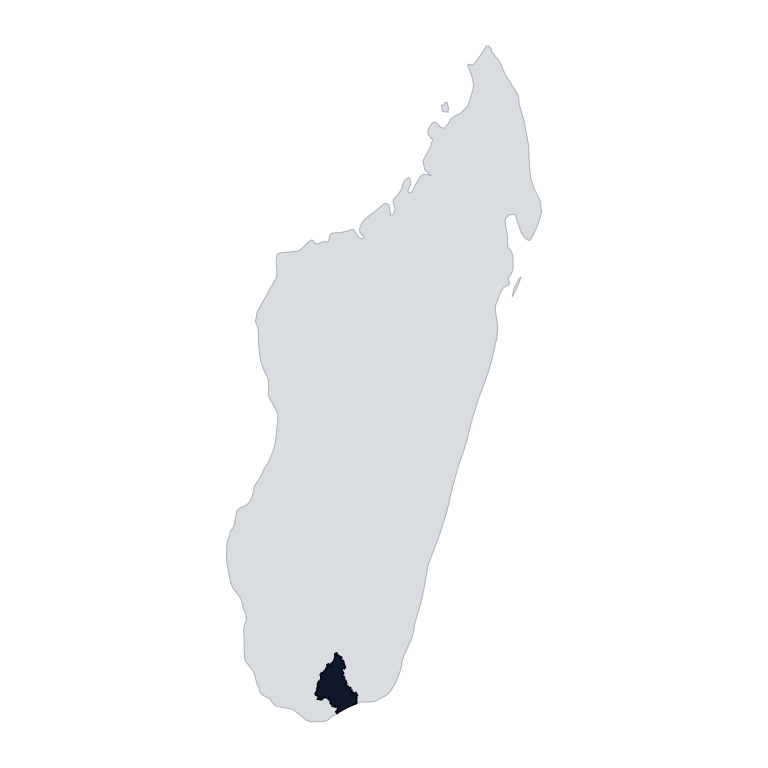 Ambovombe-Androy, Androy, Madagascar shown in context
{"feature_id": "10022922B3330352702203", "entity_name": "Ambovombe-Androy", "entity_type": "district", "adm_level": 2, "iso_a3": "MDG", "parent_name": "Madagascar", "parent_adm1": "Androy", "projection": "robinson", "projection_center": [45.726, -24.798], "detail": "fine", "context": "in_parent", "style": "filled", "palette": "ink", "viewbox_px": 768, "rotation_deg": 0, "n_neighbors": 0, "source": "geoboundaries", "source_scale": "gbopen_adm2", "svg_char_len": 8742}
<svg xmlns="http://www.w3.org/2000/svg" viewBox="0 0 768 768"><path d="M500.8,63.7L502.8,69.0L505.1,74.0L512.4,86.2L515.5,90.8L518.2,95.8L519.5,105.7L524.1,121.1L528.4,144.3L529.6,168.1L530.9,179.0L534.3,189.2L539.8,199.9L541.6,211.7L538.1,223.9L533.0,235.4L531.7,237.5L529.4,240.5L528.3,240.4L524.4,237.4L521.2,232.5L517.2,221.1L515.7,215.3L514.0,214.4L509.2,214.9L505.7,218.5L505.0,220.8L505.8,227.2L507.0,233.0L507.6,238.9L507.7,246.3L508.9,248.6L510.8,250.4L512.8,255.3L513.1,266.8L511.8,272.7L508.4,277.7L508.6,280.5L509.8,283.3L508.6,285.0L504.1,287.2L502.3,289.1L499.8,294.2L495.8,304.6L495.3,309.9L497.7,326.1L496.9,337.6L491.8,359.5L488.9,369.9L484.7,382.4L478.4,398.8L472.1,419.3L466.8,440.5L462.9,453.2L458.4,465.8L452.3,487.9L447.1,510.4L439.4,535.2L428.9,562.8L427.7,566.4L425.5,580.5L423.1,592.7L420.3,604.8L414.4,624.9L413.7,631.0L412.3,637.0L406.7,649.5L404.3,654.2L402.6,659.2L401.6,665.4L400.0,671.5L395.8,682.7L389.7,692.3L385.5,695.8L376.4,700.8L371.9,701.9L361.7,702.0L351.9,704.9L341.7,710.4L331.8,716.8L328.1,719.8L323.9,721.6L310.9,721.9L307.0,720.5L294.0,710.1L289.0,708.4L279.4,706.9L276.5,706.0L273.9,704.7L270.0,699.2L262.3,694.6L260.5,693.1L259.3,689.9L258.5,686.5L256.5,682.7L255.0,675.3L252.5,670.2L245.4,661.2L244.7,658.3L244.0,648.7L244.3,642.2L243.5,630.3L244.3,624.7L246.8,619.7L245.7,614.2L243.1,608.5L242.1,602.6L240.1,597.2L232.6,587.5L230.9,582.7L229.7,577.7L226.8,562.3L226.4,556.9L226.8,545.5L227.8,539.7L229.6,535.6L230.0,532.6L231.2,529.9L233.0,527.8L234.1,525.4L236.9,510.8L240.4,507.6L245.6,505.7L249.8,501.9L252.2,496.8L254.5,486.2L261.1,475.7L263.4,470.2L268.7,461.9L273.4,450.1L274.8,444.6L275.9,439.0L277.0,426.5L277.9,420.4L277.7,414.2L275.0,407.9L268.6,396.5L268.3,394.4L268.8,385.9L268.3,379.8L265.9,373.7L262.8,367.9L259.8,357.1L258.3,339.3L258.6,332.9L257.7,327.2L255.5,321.7L257.1,312.2L276.3,277.7L276.9,273.6L276.1,263.1L276.5,257.0L277.2,254.7L278.6,253.4L282.0,252.7L297.6,251.2L299.6,250.2L303.5,247.2L308.8,241.6L311.3,240.0L313.4,240.6L314.8,243.0L316.5,244.3L322.8,241.8L325.2,241.7L327.7,242.1L328.9,239.8L329.6,236.6L330.5,234.4L332.2,233.1L340.3,232.5L345.5,231.6L352.2,229.4L353.6,229.8L359.0,237.7L360.7,238.4L362.8,238.7L364.6,237.3L360.2,233.1L359.6,230.8L359.8,228.1L362.1,222.4L366.1,218.1L374.8,211.5L383.9,203.9L386.6,203.4L388.8,204.6L390.5,213.6L390.3,215.0L391.7,215.2L393.4,214.1L394.9,210.5L395.0,207.5L393.8,204.6L393.2,202.2L393.1,199.9L397.8,194.6L401.4,189.5L403.1,183.5L404.5,180.7L408.4,177.5L409.5,178.0L410.4,180.6L410.9,183.3L409.9,186.0L408.5,188.6L407.9,192.2L410.1,192.9L412.1,192.0L415.1,185.6L418.5,179.5L420.5,176.4L423.1,174.2L427.3,174.6L431.4,176.0L424.7,169.6L423.0,160.8L431.1,145.7L431.1,142.5L432.3,141.5L432.8,140.3L428.7,135.2L427.9,132.6L428.5,128.8L430.5,125.4L432.3,123.0L434.8,122.1L436.8,123.4L441.3,127.6L444.3,128.2L447.9,124.2L450.9,119.1L455.3,115.7L460.4,113.5L468.1,105.6L473.1,89.0L473.5,84.1L472.4,78.2L470.7,72.7L467.7,65.7L468.5,64.1L472.7,65.1L474.1,64.1L478.7,57.9L486.3,46.1L488.8,46.1L490.9,48.3L491.7,51.5L493.2,53.9L498.2,59.5L500.8,63.7ZM448.1,110.4L448.2,112.2L442.4,111.5L441.5,105.2L444.3,105.0L445.0,102.4L446.7,102.1L448.5,107.7L448.1,110.4ZM517.2,287.7L512.2,296.9L513.7,289.2L519.4,278.2L521.0,277.3L517.2,287.7Z" fill="#d9dde1" stroke="#a8b0b8" stroke-width="1"/><path d="M317.6,698.9L317.4,699.3L317.7,699.3L317.9,699.4L318.1,699.3L318.7,699.2L319.4,699.5L320.0,699.7L321.4,699.8L322.1,699.7L322.3,698.7L323.0,698.2L323.6,698.1L324.6,697.6L325.2,697.5L326.2,697.7L326.8,697.9L328.2,697.9L328.4,698.0L328.8,698.0L329.2,697.9L329.1,698.1L328.2,698.9L328.1,699.1L328.2,699.4L328.3,699.5L328.6,699.6L329.9,700.1L330.2,700.5L330.3,701.0L330.4,701.3L330.4,701.6L330.4,701.8L330.1,702.1L330.1,702.4L330.2,702.5L330.4,702.7L330.3,703.0L330.3,703.3L330.5,703.4L330.6,703.7L330.7,703.8L331.0,703.8L331.2,704.3L331.4,704.3L331.4,704.2L331.9,704.3L331.7,704.6L332.1,705.3L332.2,706.2L333.7,706.1L334.5,706.1L334.5,706.5L334.3,706.8L334.6,707.0L335.2,707.2L335.4,706.9L335.9,706.7L336.2,706.7L336.3,706.7L336.5,706.7L337.4,706.7L337.4,707.3L337.5,707.8L337.4,708.7L337.4,708.8L337.4,709.5L337.3,710.3L335.9,711.3L335.7,711.5L335.8,712.0L336.3,712.6L337.0,713.6L337.4,713.4L337.5,713.2L338.0,712.8L338.6,712.4L339.5,711.7L340.1,711.3L341.3,710.8L341.4,710.6L341.8,710.4L343.4,709.4L345.3,708.5L346.4,707.9L349.1,706.6L350.8,706.0L354.2,704.4L356.2,703.7L355.7,703.3L355.6,703.1L356.0,702.6L356.4,702.5L356.5,702.3L356.8,702.2L356.9,701.8L356.5,701.4L356.7,701.2L356.7,700.9L356.4,700.0L356.6,699.8L356.5,699.7L356.5,699.4L356.5,698.8L357.0,698.1L356.8,697.4L356.5,696.9L356.5,696.6L356.8,696.1L357.2,695.7L357.4,695.6L357.5,695.3L357.3,695.1L357.0,694.4L356.4,693.3L356.2,693.1L355.9,692.5L355.5,692.5L355.1,692.9L354.9,692.9L354.8,693.0L354.4,693.7L354.3,694.2L353.3,693.7L353.5,693.3L353.6,693.2L353.4,692.7L353.3,692.4L353.0,692.4L352.6,692.6L352.4,693.3L352.2,693.4L352.0,692.6L352.0,692.4L352.0,691.8L352.0,690.5L351.3,690.9L351.2,691.1L350.9,691.7L350.7,687.6L350.2,687.5L349.7,687.7L349.5,687.9L349.3,688.0L349.2,687.9L348.9,687.3L348.8,687.1L348.3,687.1L348.0,686.2L347.9,685.8L347.8,685.7L347.3,685.6L346.0,684.8L344.2,684.5L344.3,684.3L344.4,684.2L344.7,684.2L344.9,684.1L345.1,684.1L345.7,683.7L346.4,683.6L346.7,683.3L346.1,683.0L345.9,682.8L346.0,682.6L346.4,682.3L346.0,681.0L345.7,680.6L345.4,680.3L345.2,680.3L344.9,680.2L345.0,679.9L344.9,679.8L344.5,679.7L344.2,679.5L344.2,679.0L344.3,678.5L344.2,678.1L344.5,678.0L344.7,677.8L344.6,677.6L343.9,676.4L343.2,676.5L342.9,676.3L342.4,676.3L342.4,676.0L342.1,675.9L342.0,675.5L342.0,675.0L342.3,674.7L342.9,674.5L343.1,674.4L343.2,674.2L343.6,673.8L343.7,673.3L343.6,672.9L343.5,672.5L343.2,672.5L343.0,672.4L342.9,671.8L342.7,671.6L342.5,671.3L342.4,671.0L342.4,670.8L342.1,670.2L341.9,669.5L342.0,669.4L342.3,668.8L342.5,668.5L342.7,668.2L342.9,668.1L343.2,668.2L344.1,668.8L344.4,668.8L344.6,668.6L345.1,667.9L345.2,667.7L345.5,667.4L345.3,666.9L345.2,666.4L345.1,666.0L345.0,665.9L344.7,665.7L344.4,665.1L344.5,664.8L344.3,663.9L344.1,663.9L344.1,663.7L343.9,663.4L343.6,663.4L343.3,663.3L343.3,663.1L343.4,662.8L343.4,662.6L343.8,662.3L344.0,662.1L343.9,661.8L343.6,661.7L343.4,661.5L343.4,660.8L343.0,660.4L342.4,660.2L342.3,660.3L342.1,660.4L341.9,660.5L341.8,660.2L341.6,660.2L341.4,660.1L341.1,660.0L340.9,659.8L340.8,659.5L340.8,658.6L341.6,658.1L341.9,657.7L341.5,657.2L340.8,656.7L340.3,656.4L339.9,656.3L338.9,655.7L338.6,655.6L337.7,654.8L337.4,654.3L337.2,654.1L337.1,653.9L337.1,653.3L337.1,653.2L336.6,652.9L336.3,652.9L336.0,653.0L335.8,653.2L335.8,653.5L335.3,653.6L335.0,653.7L334.8,654.2L334.7,654.5L334.8,655.1L334.8,655.6L335.0,656.1L335.0,656.5L334.8,657.0L334.6,657.3L334.6,658.7L334.5,659.0L334.2,659.2L333.9,660.1L333.8,660.8L333.4,660.9L333.3,661.0L333.2,661.2L333.2,661.4L333.1,661.9L332.2,662.4L332.1,662.5L332.1,663.3L331.8,663.4L331.1,663.4L331.0,663.5L331.3,663.8L331.2,664.5L331.3,664.8L331.5,664.8L331.8,664.9L331.7,665.1L331.8,665.3L331.7,665.4L331.9,665.5L331.9,665.9L331.6,665.7L331.5,665.8L331.3,665.6L331.0,665.5L330.9,665.7L330.8,666.3L330.6,666.6L330.2,666.5L329.7,665.1L328.8,663.8L328.1,664.0L327.7,664.3L327.3,664.3L327.1,664.5L326.7,665.0L326.8,665.6L327.1,665.8L327.1,666.1L327.2,666.4L327.2,666.6L327.4,667.0L327.3,667.3L327.1,667.9L326.5,667.9L326.4,668.0L326.0,668.0L325.9,668.1L325.8,669.3L325.7,669.6L325.2,670.0L325.1,670.4L324.9,670.4L324.7,670.7L324.2,670.6L324.0,670.9L324.2,671.7L324.2,671.8L323.7,671.7L323.5,671.9L323.0,672.1L322.9,672.3L323.7,672.9L323.7,673.2L323.6,673.5L323.3,674.0L322.3,672.9L321.8,672.7L321.7,672.7L321.5,673.0L321.0,673.3L320.9,673.5L320.7,674.1L320.5,674.3L320.4,674.7L320.3,674.9L320.2,674.9L320.1,675.0L320.7,676.2L320.9,676.6L321.2,676.9L321.0,677.0L320.8,677.3L320.7,677.6L320.9,678.1L320.9,678.5L321.0,678.7L321.0,679.5L320.8,679.9L320.6,680.0L320.3,680.0L320.4,680.5L320.2,680.6L319.8,681.0L319.7,681.0L318.9,681.2L318.8,681.3L318.8,681.5L318.5,681.5L318.5,681.9L318.4,682.2L318.3,682.3L318.4,682.6L318.2,682.6L318.0,682.8L317.9,682.9L317.9,683.0L317.8,683.3L317.6,683.4L317.8,683.9L317.8,684.1L317.5,684.4L317.6,684.9L317.5,685.2L317.5,685.5L317.4,685.9L317.6,686.2L317.5,686.4L317.8,686.8L317.8,687.0L317.9,687.3L317.3,687.5L317.1,687.6L317.3,688.2L317.0,688.3L316.9,688.5L317.0,688.5L317.0,689.1L317.2,689.4L317.1,689.7L317.1,690.0L317.0,690.3L316.8,690.7L316.8,690.9L316.5,691.2L316.4,691.5L316.2,691.5L316.0,691.8L315.8,692.2L315.5,693.1L315.1,693.6L315.3,693.7L315.4,694.1L315.6,694.3L315.5,694.6L315.8,694.7L315.9,695.3L316.1,695.3L316.8,695.6L317.0,695.5L317.5,695.5L317.8,696.2L317.7,696.5L318.1,697.1L318.3,697.2L318.3,697.3L318.1,697.5L318.1,697.8L317.9,698.0L317.9,698.3L317.7,698.6L317.6,698.9Z" fill="#0f172a" stroke="#020617" stroke-width="1.5"/></svg>